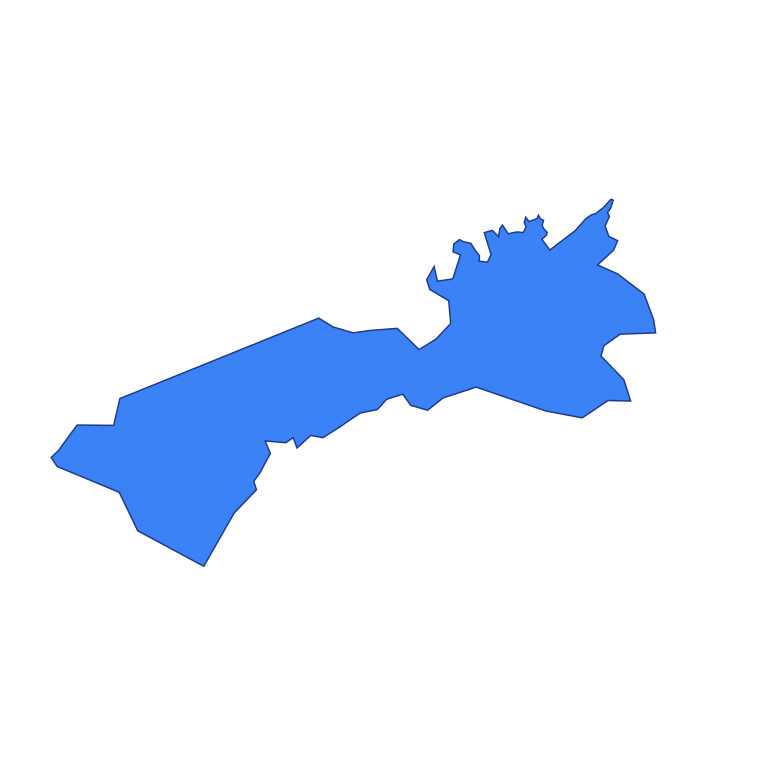 Agios Ioannis Selemani, Nicosia, Cyprus, rotated 46°
{"feature_id": "46923920B8865059682023", "entity_name": "Agios Ioannis Selemani", "entity_type": "district", "adm_level": 2, "iso_a3": "CYP", "parent_name": "Cyprus", "parent_adm1": "Nicosia", "projection": "equal_earth", "projection_center": [32.7, 35.14], "detail": "fine", "context": "isolated", "style": "filled", "palette": "blue", "viewbox_px": 768, "rotation_deg": 46, "n_neighbors": 0, "source": "geoboundaries", "source_scale": "gbopen_adm2", "svg_char_len": 1462}
<svg xmlns="http://www.w3.org/2000/svg" viewBox="0 0 768 768"><g transform="rotate(46 384 384)"><path d="M567.6,218.4L547.5,208.5L514.7,208.5L509.2,199.2L512.2,179.5L535.9,153.1L525.3,145.5L500.1,134.5L467.4,139.4L446.7,147.7L447.2,125.7L443.2,116.4L434.1,119.7L424.0,115.3L420.1,105.5L415.7,104.0L415.2,99.4L411.1,91.6L409.6,91.6L408.8,93.1L409.5,103.7L408.4,113.4L406.4,117.4L405.3,123.6L406.5,140.1L402.8,171.7L389.6,169.9L389.8,163.8L388.3,161.3L383.4,161.2L379.8,160.2L377.1,155.5L374.2,156.7L369.9,155.7L371.3,159.0L367.8,166.9L362.5,166.2L365.2,170.8L369.7,172.7L371.8,178.6L367.0,182.7L362.2,190.3L352.0,188.4L352.8,192.8L357.7,199.2L348.7,199.4L344.8,206.7L365.3,217.1L368.2,225.0L361.7,230.2L358.0,226.2L350.7,225.4L343.1,223.8L336.5,228.2L332.5,229.4L331.8,236.5L336.9,242.5L344.2,239.3L356.2,261.5L347.1,274.2L334.3,266.3L338.7,280.9L347.8,285.4L369.1,279.6L386.9,294.1L387.8,315.4L383.6,334.9L353.2,335.8L335.5,357.2L325.8,370.7L307.2,381.2L291.3,385.1L211.0,584.1L226.0,607.2L200.4,633.2L201.2,638.3L202.1,643.7L205.7,663.9L205.7,674.5L216.3,676.4L278.0,649.7L318.6,663.1L389.9,640.3L372.7,581.3L371.5,549.2L363.6,545.3L361.6,534.3L358.9,526.3L355.0,514.0L342.4,509.1L358.0,495.4L359.5,486.6L369.6,491.0L370.1,472.4L380.2,465.2L384.2,445.5L388.3,421.3L397.8,406.5L396.8,392.8L404.4,377.5L418.0,379.6L433.1,370.9L435.1,351.1L450.2,319.9L515.7,286.4L546.0,265.0L551.5,234.3L567.6,218.4Z" fill="#3b82f6" stroke="#1e3a8a" stroke-width="1.5"/></g></svg>